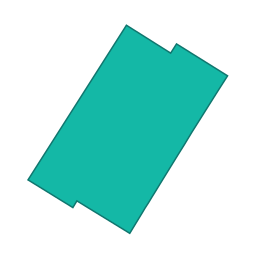 Worth, Missouri, United States of America (Albers equal-area conic projection), rotated 122°
{"feature_id": "52423323B70407326192620", "entity_name": "Worth", "entity_type": "district", "adm_level": 2, "iso_a3": "USA", "parent_name": "United States of America", "parent_adm1": "Missouri", "projection": "albers", "projection_center": [-94.445, 40.478], "detail": "fine", "context": "isolated", "style": "filled", "palette": "teal", "viewbox_px": 256, "rotation_deg": 122, "n_neighbors": 0, "source": "geoboundaries", "source_scale": "gbopen_adm2", "svg_char_len": 462}
<svg xmlns="http://www.w3.org/2000/svg" viewBox="0 0 256 256"><g transform="rotate(122 128 128)"><path d="M31.0,71.2L31.0,131.4L41.9,131.5L41.7,183.8L46.4,183.8L225.0,185.3L224.7,132.6L216.9,132.7L216.4,70.7L190.9,71.0L187.4,71.1L180.0,71.0L173.5,71.1L168.0,71.1L158.0,71.2L124.8,71.4L110.8,71.4L105.9,71.5L105.6,71.5L97.2,71.6L76.5,71.5L75.1,71.5L74.5,71.5L72.9,71.5L72.7,71.5L48.7,71.4L31.0,71.2Z" fill="#14b8a6" stroke="#0f766e" stroke-width="1.5"/></g></svg>